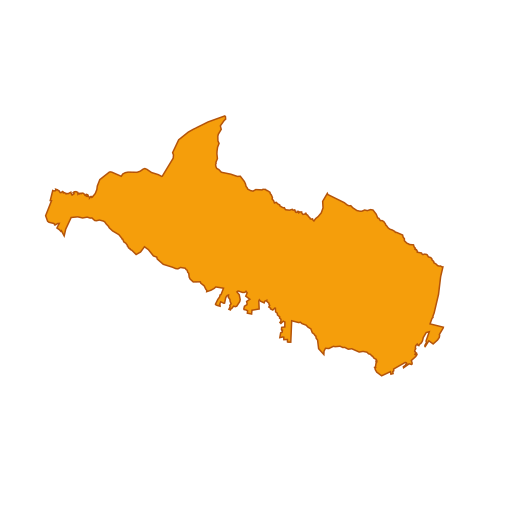 outline of Bulzesti, Dolj, Romania, rotated 318°
{"feature_id": "2599482B75333597382739", "entity_name": "Bulzesti", "entity_type": "district", "adm_level": 2, "iso_a3": "ROU", "parent_name": "Romania", "parent_adm1": "Dolj", "projection": "natural_earth1", "projection_center": [23.863, 44.579], "detail": "fine", "context": "isolated", "style": "filled", "palette": "amber", "viewbox_px": 512, "rotation_deg": 318, "n_neighbors": 0, "source": "geoboundaries", "source_scale": "gbopen_adm2", "svg_char_len": 6112}
<svg xmlns="http://www.w3.org/2000/svg" viewBox="0 0 512 512"><g transform="rotate(318 256 256)"><path d="M290.9,437.8L297.7,438.6L299.0,440.7L299.7,440.7L300.4,440.0L301.5,437.6L307.4,437.6L309.7,437.0L310.2,435.8L308.4,435.8L308.3,435.4L309.9,435.1L310.3,433.6L310.0,433.2L311.0,432.3L312.7,431.8L312.8,431.0L314.7,429.5L316.9,429.3L316.6,430.8L317.1,431.6L318.0,431.1L320.8,431.2L323.0,430.4L325.8,428.5L331.2,426.8L334.1,428.2L325.4,433.0L324.9,434.3L321.7,435.4L321.6,436.0L320.4,436.7L327.7,434.7L328.8,439.9L334.7,439.9L337.6,439.2L339.1,438.1L339.8,437.0L346.8,434.8L347.6,434.3L339.9,422.9L345.1,420.1L346.4,420.1L347.2,419.1L350.3,417.5L365.9,406.7L379.4,394.9L387.6,389.2L386.8,388.3L386.5,387.0L385.4,386.1L384.5,384.7L384.5,382.8L383.7,380.0L384.4,379.0L384.2,376.6L384.8,375.8L384.8,374.1L383.5,372.0L384.0,369.7L383.7,368.8L382.3,367.2L381.0,366.7L380.7,365.5L381.0,364.5L378.4,361.1L379.2,360.3L379.0,358.9L379.5,358.6L378.7,357.2L379.6,356.7L379.6,355.0L380.5,353.1L377.6,350.0L377.7,349.6L376.7,347.4L376.5,343.9L377.8,342.5L378.0,340.3L379.0,338.5L376.2,332.4L375.4,331.7L375.6,330.7L374.7,327.9L373.4,325.6L373.0,323.4L373.3,320.9L373.1,320.0L373.6,319.0L374.0,315.9L373.4,314.1L372.1,312.9L372.5,310.2L371.9,309.1L373.3,305.4L373.7,300.1L372.1,298.1L369.1,296.8L367.5,294.5L364.7,293.6L363.3,292.4L361.4,289.7L360.2,285.0L360.1,282.0L358.9,281.1L358.0,279.5L357.3,275.4L350.5,258.4L350.9,257.2L342.1,260.0L338.0,265.1L333.4,267.6L328.6,268.3L325.4,268.1L322.5,268.7L322.4,266.8L322.8,266.2L321.8,265.6L321.2,264.6L321.6,263.8L321.4,262.1L321.7,260.0L321.2,259.0L321.7,257.6L321.3,257.3L320.5,257.7L318.7,256.5L318.8,254.6L319.4,253.8L318.1,252.7L316.8,252.5L317.5,251.7L317.1,250.8L316.0,251.1L315.1,250.6L314.8,249.9L315.5,249.2L315.1,248.4L315.6,247.6L314.2,246.8L314.2,245.6L311.6,244.4L309.1,241.6L308.9,241.0L309.4,239.1L308.7,238.7L307.8,236.7L307.3,234.4L307.8,233.8L307.1,232.1L306.9,229.6L305.2,228.9L306.1,226.6L306.1,224.5L307.3,223.6L308.3,220.7L308.3,219.3L309.0,218.0L308.2,214.9L307.6,214.2L307.7,213.0L305.8,211.1L304.7,210.9L300.3,206.5L297.2,205.8L295.7,203.7L294.6,200.7L295.1,199.3L295.2,197.6L296.4,195.4L297.2,192.8L297.7,186.2L295.4,184.4L292.0,178.3L286.3,170.6L286.2,166.8L285.4,164.7L286.1,162.5L287.3,160.9L288.5,160.3L288.8,159.6L292.5,157.8L295.3,153.9L297.3,151.9L300.3,149.4L303.9,147.6L304.7,145.0L307.8,141.4L309.5,140.3L314.9,138.6L316.6,135.4L323.0,134.0L325.0,134.0L326.6,131.9L326.5,131.0L310.1,124.3L293.9,119.8L288.6,118.6L276.3,117.9L263.2,123.4L262.3,125.7L259.9,127.9L239.7,134.0L239.2,133.8L237.8,130.1L234.2,124.0L232.9,118.6L231.9,116.6L230.2,115.9L226.7,115.5L223.6,114.2L217.1,108.1L214.6,106.6L211.8,105.9L209.2,106.6L205.0,97.3L204.0,96.0L203.1,95.5L191.1,94.7L184.9,97.8L182.2,100.1L178.4,102.0L174.0,102.7L173.9,102.1L173.1,102.4L172.9,101.3L171.2,101.5L171.6,101.1L171.4,99.7L170.5,98.8L171.7,98.7L171.9,97.9L171.2,96.7L170.1,97.3L169.7,97.0L169.5,96.3L169.9,95.7L169.5,93.6L168.6,92.7L167.7,92.7L167.4,91.8L166.4,91.7L166.4,91.0L165.0,91.0L166.1,89.4L165.3,87.7L164.0,86.7L162.7,86.6L162.9,87.5L162.5,88.0L160.1,87.7L160.0,87.0L160.8,86.1L160.5,85.3L161.0,84.7L157.9,83.9L157.3,82.9L156.4,82.8L156.2,80.9L155.1,80.2L155.6,79.3L155.5,78.7L153.4,78.4L152.9,77.8L153.3,75.9L152.8,75.1L152.9,74.2L151.8,72.3L151.2,73.3L150.7,73.3L149.2,72.3L148.8,71.3L140.2,77.1L141.0,78.1L126.6,85.3L124.4,90.7L124.7,92.4L127.5,96.5L127.7,97.3L127.2,97.9L127.3,98.5L130.3,99.1L131.6,100.1L126.8,102.0L127.5,105.1L127.5,107.1L128.3,107.0L126.9,112.7L132.6,108.7L144.4,103.7L149.7,107.6L152.6,111.7L156.6,114.2L158.1,116.8L159.5,117.9L159.9,121.7L161.0,123.0L163.7,124.5L166.0,128.0L166.4,129.6L166.1,131.9L166.2,135.4L165.8,136.7L166.2,141.4L168.4,148.4L168.1,153.2L167.8,153.7L168.2,154.3L167.2,157.1L167.8,159.3L167.6,161.8L167.1,162.5L167.3,163.0L166.7,164.7L167.3,166.4L166.9,166.9L167.6,168.8L167.9,174.7L172.9,175.8L179.3,174.5L180.3,179.3L179.8,187.3L181.5,190.4L180.6,192.2L181.5,200.1L186.4,208.4L188.0,211.8L189.4,213.3L192.2,214.0L195.2,217.7L195.0,219.3L195.3,220.6L194.4,222.3L194.4,223.9L192.2,227.0L191.6,229.2L192.0,233.3L197.3,237.9L196.8,239.3L197.5,243.6L196.5,247.0L196.4,248.7L195.5,249.5L199.6,251.3L203.2,252.1L205.4,252.1L210.3,258.2L204.2,261.3L203.3,260.9L201.5,262.1L198.6,262.7L193.6,264.7L193.5,265.4L194.1,266.8L195.7,269.3L196.6,268.2L196.5,267.7L199.1,266.4L200.5,269.6L201.1,270.0L205.8,266.6L208.2,266.1L209.5,266.6L207.8,268.2L207.6,270.7L206.4,272.4L205.5,274.9L203.6,275.1L202.8,276.4L200.2,277.5L200.9,278.9L201.5,278.4L202.7,278.8L205.8,278.3L206.7,279.8L208.1,280.4L213.4,279.0L215.1,277.8L217.6,273.6L217.8,269.9L219.3,270.0L221.7,274.2L223.4,275.6L225.0,275.5L224.8,277.5L221.5,279.0L222.5,284.0L218.6,283.5L217.6,285.3L216.7,286.1L213.8,285.6L211.5,287.2L211.3,287.9L212.4,289.3L213.1,291.1L211.3,292.7L213.9,296.2L216.7,293.6L222.9,297.5L227.9,291.4L229.2,290.8L229.2,292.8L230.7,296.3L232.2,295.5L234.4,296.1L233.7,296.9L234.0,299.7L233.2,300.9L233.2,301.8L231.4,302.5L231.9,304.5L231.4,305.1L232.3,307.4L235.2,307.3L235.5,307.8L233.2,310.6L233.5,312.8L232.5,314.1L232.9,317.2L232.0,317.8L232.2,319.7L230.9,321.1L229.3,321.4L229.4,322.8L232.6,322.7L233.3,324.4L229.9,328.0L227.3,326.2L225.6,327.8L225.5,328.4L226.0,328.8L224.5,330.1L222.9,329.6L219.1,332.6L221.7,334.1L222.3,334.9L220.7,336.8L223.5,339.1L221.9,340.9L222.1,341.4L224.2,343.3L239.2,328.0L243.2,334.1L244.7,334.9L244.9,336.9L247.0,341.0L247.0,343.5L248.0,346.8L246.5,350.7L246.9,352.8L246.6,354.8L246.9,355.6L245.7,357.3L245.5,359.7L240.5,366.8L240.5,374.6L242.9,372.2L245.9,371.1L248.2,373.5L253.0,374.9L254.2,376.4L258.1,379.3L259.3,382.1L260.8,383.3L262.2,387.0L265.1,389.0L268.4,396.4L271.7,398.5L274.1,401.7L274.2,404.0L275.3,405.7L275.1,407.5L275.6,408.3L275.3,410.8L276.2,413.4L274.7,414.6L275.5,414.9L275.0,415.5L273.2,416.2L270.5,418.4L269.6,418.1L269.5,418.6L269.9,419.0L269.2,419.2L268.6,420.3L268.0,423.1L269.2,429.1L278.5,431.9L277.2,434.1L279.2,435.1L280.3,433.4L281.5,433.5L282.7,432.1L295.6,434.9L296.3,435.9L296.1,436.8L294.7,436.7L294.3,437.2L291.4,436.9L290.9,437.8Z" fill="#f59e0b" stroke="#b45309" stroke-width="1.5"/></g></svg>